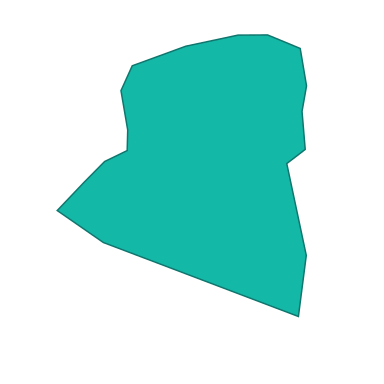 an SVG outline of Nadur, rotated 168°
{"feature_id": "MLT-5979", "entity_name": "Nadur", "entity_type": "state/province", "adm_level": 1, "iso_a3": "MLT", "parent_name": "Malta", "parent_adm1": "", "projection": "mercator", "projection_center": [14.297, 36.047], "detail": "fine", "context": "isolated", "style": "filled", "palette": "teal", "viewbox_px": 384, "rotation_deg": 168, "n_neighbors": 0, "source": "natural_earth", "source_scale": "10m", "svg_char_len": 390}
<svg xmlns="http://www.w3.org/2000/svg" viewBox="0 0 384 384"><g transform="rotate(168 192 192)"><path d="M113.8,48.1L289.2,161.0L327.7,201.9L295.3,224.1L271.1,240.0L246.8,246.0L242.0,266.0L240.4,305.9L224.2,327.9L167.7,335.9L114.4,335.9L85.4,329.9L56.3,309.9L57.9,272.0L67.6,248.0L72.4,210.1L93.4,200.1L93.4,106.2L113.8,48.1Z" fill="#14b8a6" stroke="#0f766e" stroke-width="1.5"/></g></svg>